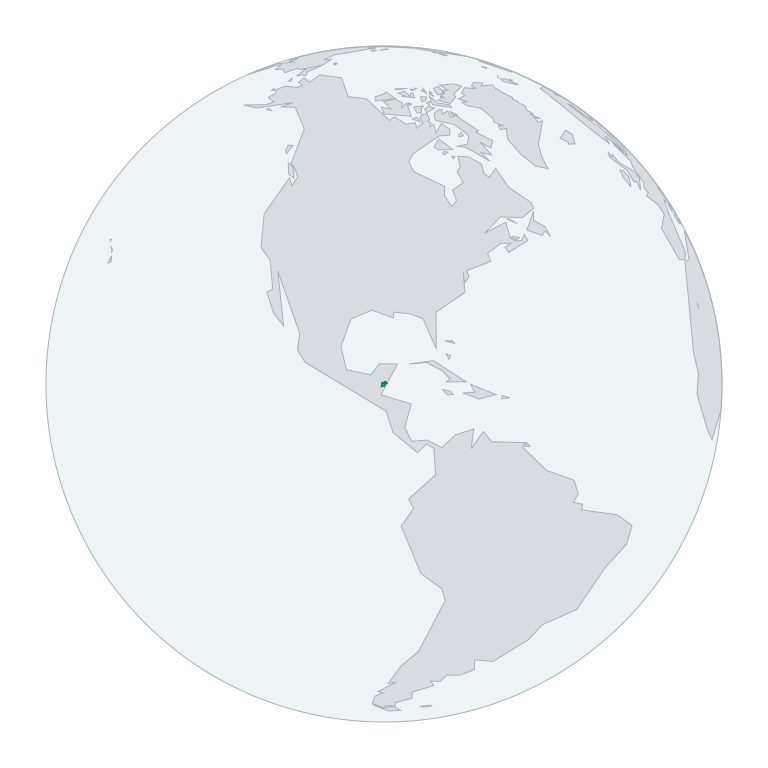 globe centered on Orange Walk, rotated 11°
{"feature_id": "BLZ-1326", "entity_name": "Orange Walk", "entity_type": "District", "adm_level": 1, "iso_a3": "BLZ", "parent_name": "Belize", "parent_adm1": "", "projection": "orthographic", "projection_center": [-88.77, 17.784], "detail": "fine", "context": "on_globe", "style": "filled", "palette": "green", "viewbox_px": 768, "rotation_deg": 11, "n_neighbors": 0, "source": "natural_earth", "source_scale": "10m", "svg_char_len": 9542}
<svg xmlns="http://www.w3.org/2000/svg" viewBox="0 0 768 768"><g transform="rotate(11 384 384)"><circle cx="384" cy="384" r="338" fill="#eef3f6" stroke="#a8b0b8"/><path d="M445.4,437.8L437.4,434.7L430.0,445.0L402.1,430.0L391.4,410.4L302.4,377.8L292.6,367.1L291.6,350.3L258.1,293.3L274.4,346.1L262.1,335.4L251.5,316.2L256.7,312.0L248.7,284.5L237.2,273.4L233.9,239.8L251.8,199.9L256.0,206.7L259.8,197.2L254.9,188.6L250.7,185.4L257.1,149.1L244.0,129.2L229.7,131.8L240.8,125.2L206.8,137.3L193.1,136.9L214.9,132.3L221.9,128.1L215.8,124.7L221.7,119.8L222.2,115.7L229.8,110.6L241.9,109.5L247.1,106.5L242.5,104.3L247.2,98.7L253.2,102.1L262.1,92.8L284.0,91.6L294.0,108.8L312.4,107.4L339.3,124.3L343.1,119.7L355.8,124.7L364.9,121.7L367.3,126.7L372.5,120.2L368.6,116.3L369.6,112.4L374.6,110.6L378.5,116.2L376.6,117.9L380.3,118.7L380.1,122.5L383.1,119.6L387.2,127.4L390.6,117.3L400.2,121.5L400.9,127.4L391.0,129.8L368.3,152.8L366.0,161.3L372.7,169.8L405.9,178.5L407.4,187.4L416.6,197.1L420.3,190.3L414.4,180.5L423.5,171.2L415.2,161.4L417.6,156.6L413.0,146.2L424.3,144.9L437.7,149.6L442.1,158.5L448.1,161.2L452.5,151.0L468.9,167.2L494.1,177.9L497.2,183.0L487.9,194.5L466.3,197.7L454.2,216.6L472.7,202.0L480.2,216.7L485.9,218.5L491.7,216.9L493.1,210.6L497.8,215.7L481.3,231.0L476.7,226.6L482.0,221.5L471.9,223.6L460.8,235.8L465.4,243.2L443.7,256.9L446.8,262.7L443.8,269.5L440.4,259.0L446.0,278.7L421.3,303.5L428.6,339.3L409.8,312.5L396.1,310.1L379.8,311.6L380.7,317.3L358.0,313.8L339.1,326.6L334.6,355.3L344.3,377.1L369.3,377.5L375.7,365.0L393.4,361.8L383.1,395.2L414.5,398.4L412.7,422.9L422.1,435.0L437.3,430.7L453.1,435.5L463.5,420.5L480.6,411.1L482.0,430.7L490.6,411.7L500.8,420.1L534.2,414.6L531.9,419.5L560.2,437.9L588.9,442.1L595.6,454.7L592.4,464.0L601.9,464.2L602.0,469.8L637.9,468.0L654.5,475.7L652.8,494.8L636.5,521.2L616.3,568.5L585.6,589.9L574.1,607.9L543.8,635.6L525.7,637.4L527.1,647.2L514.0,655.3L501.2,657.7L495.8,665.2L486.2,666.7L490.4,670.4L470.6,681.0L471.3,687.1L455.9,694.6L456.7,697.8L452.3,698.1L446.7,699.9L444.8,701.8L433.4,699.8L434.8,692.0L442.3,687.3L436.7,687.0L453.0,674.2L445.4,677.2L454.5,657.7L469.0,639.7L485.5,584.8L480.0,574.1L456.2,562.8L428.0,520.1L436.8,500.7L430.1,492.2L452.0,463.3L445.4,437.8ZM89.9,318.0L92.0,310.2L92.9,316.1L89.9,318.0ZM91.8,305.0L91.4,307.7L91.5,305.3L91.8,305.0ZM91.0,302.8L91.6,304.4L90.6,303.4L91.0,302.8ZM89.4,300.9L90.4,301.6L90.1,301.9L89.4,300.9ZM428.1,351.7L463.9,366.1L444.7,370.0L448.1,366.5L438.8,360.0L421.9,354.7L404.8,359.6L428.1,351.7ZM88.1,295.7L87.8,294.2L88.9,294.1L88.1,295.7ZM441.4,330.6L435.3,329.8L441.1,329.1L441.4,330.6ZM247.8,185.1L254.1,189.1L256.4,199.2L250.5,196.2L247.8,185.1ZM244.4,167.6L249.0,167.5L244.3,176.5L243.1,173.7L244.4,167.6ZM218.1,135.4L222.1,137.1L216.2,137.3L218.1,135.4ZM220.9,116.1L217.9,117.3L219.4,114.8L220.9,116.1ZM407.2,147.8L410.1,147.0L409.4,149.3L407.2,147.8ZM402.5,144.2L399.7,147.4L397.0,146.3L398.8,144.3L402.5,144.2ZM232.5,104.9L235.8,100.9L234.5,104.7L232.5,104.9ZM406.5,140.6L392.7,143.9L388.1,141.9L391.0,133.0L406.5,140.6ZM239.2,98.5L247.2,89.9L241.1,91.5L262.7,82.9L248.8,92.5L248.1,96.6L244.4,96.0L239.2,98.5ZM365.2,115.9L369.6,119.9L361.3,118.4L365.2,115.9ZM359.6,116.0L332.6,118.9L328.6,112.8L338.5,112.7L329.5,106.8L340.8,102.3L348.3,104.6L348.6,109.2L352.7,104.1L359.6,116.0ZM273.4,80.0L277.1,78.1L275.5,80.0L273.4,80.0ZM369.3,110.7L364.2,111.5L360.4,106.2L369.9,103.6L368.1,106.1L369.3,110.7ZM321.7,107.8L320.5,103.8L329.3,98.9L330.0,96.8L340.8,101.7L321.7,107.8ZM371.5,106.4L374.8,102.6L381.1,103.6L374.0,109.6L371.5,106.4ZM355.4,106.0L354.0,103.5L357.9,104.0L355.4,106.0ZM405.6,106.3L399.6,106.8L397.1,103.9L405.6,106.3ZM375.6,101.1L373.4,100.8L371.7,99.9L375.1,97.7L375.6,101.1ZM346.2,98.2L350.2,97.3L342.3,95.9L348.6,92.7L354.6,96.8L354.6,93.7L356.6,92.8L359.3,97.3L346.2,98.2ZM373.6,93.0L383.4,98.0L395.1,97.4L397.7,99.8L378.4,100.4L373.6,93.0ZM365.0,95.0L370.9,94.2L371.1,97.2L367.1,99.7L365.0,95.0ZM350.7,89.3L339.5,93.1L338.6,92.1L350.7,89.3ZM377.0,92.1L374.5,91.0L377.8,91.7L377.0,92.1ZM358.7,89.3L354.9,90.6L353.9,89.5L358.7,89.3ZM372.8,87.9L376.0,89.4L373.4,90.9L372.8,87.9ZM366.3,88.0L366.0,86.2L370.6,90.6L364.8,88.8L366.3,88.0ZM358.4,88.0L356.6,87.8L360.2,87.6L358.4,88.0ZM380.7,81.6L387.2,86.9L381.6,90.1L376.0,84.4L380.7,81.6ZM451.2,704.1L433.8,700.9L444.2,702.3L454.6,698.6L462.6,701.2L451.2,704.1ZM480.6,693.6L490.8,690.4L492.3,691.0L485.6,693.4L480.6,693.6ZM622.0,144.1L614.8,138.7L622.0,145.5L629.1,151.4L631.5,154.0L635.4,158.1L640.1,163.5L634.8,157.6L623.4,149.2L630.7,161.8L654.6,196.7L655.8,204.7L650.1,205.5L626.8,178.4L626.7,163.8L618.5,155.5L605.9,149.2L607.0,145.9L601.9,142.0L600.6,136.9L586.6,123.0L583.4,117.9L566.0,106.7L562.0,103.0L573.5,110.3L579.7,113.4L570.5,103.3L565.2,99.6L554.6,93.6L553.4,92.2L544.4,87.7L533.2,81.1L539.2,86.0L526.9,80.7L513.7,74.3L510.8,73.9L532.3,84.4L539.9,88.1L544.7,89.6L566.3,102.4L572.1,107.4L553.5,98.5L559.6,105.2L542.5,96.8L494.9,71.0L481.2,64.3L483.5,61.5L493.5,64.7L497.7,67.0L504.8,68.6L499.0,66.6L498.0,66.0L486.0,62.0L484.7,61.5L475.4,59.1L472.5,58.1L478.4,59.6L458.2,54.4L454.4,53.5L477.8,59.4L500.7,66.9L523.1,76.0L544.7,86.7L565.5,99.0L585.4,112.6L604.2,127.7L622.0,144.1ZM443.9,51.4L443.4,51.3L442.4,51.2L443.9,51.4ZM430.5,49.3L429.6,49.2L419.8,48.2L416.6,47.7L419.8,48.0L430.5,49.3ZM417.5,47.7L412.4,47.4L412.1,47.3L417.5,47.7ZM411.9,47.2L408.3,47.0L403.8,46.7L411.9,47.2ZM401.9,46.6L401.7,46.7L367.7,48.2L351.8,48.7L355.3,47.7L328.1,51.7L312.4,54.2L314.9,54.0L303.5,57.2L308.2,56.4L308.5,56.7L281.5,67.2L272.7,70.2L263.7,76.6L265.0,76.9L271.0,74.9L262.7,82.9L241.1,91.5L239.4,90.4L227.0,97.4L224.9,94.4L217.5,95.9L222.4,90.0L216.1,92.5L211.9,95.2L200.2,101.4L191.6,106.2L196.7,102.8L216.6,90.7L234.8,84.7L229.0,85.5L235.7,82.3L237.0,80.9L232.4,82.4L228.5,84.4L238.5,79.0L260.5,69.4L283.2,61.5L306.4,55.1L330.0,50.4L353.8,47.4L377.8,46.1L401.9,46.6ZM719.7,345.3L719.8,346.3L716.6,376.0L711.0,368.5L693.3,334.4L690.5,313.3L681.9,294.0L656.1,206.4L659.8,203.7L649.8,177.0L650.2,176.7L661.3,191.5L662.1,192.0L674.8,211.9L686.1,232.6L696.0,254.1L704.3,276.2L711.0,298.9L716.2,321.9L719.7,345.3ZM675.6,244.3L678.8,250.3L675.6,244.3ZM535.2,414.2L539.3,417.4L534.1,418.3L535.2,414.2ZM442.7,378.4L450.0,378.3L454.0,381.0L448.5,382.5L442.7,378.4ZM502.3,372.7L510.3,373.5L502.3,376.2L502.3,372.7ZM469.3,367.9L495.9,373.0L480.2,380.6L463.3,377.7L474.6,374.8L469.3,367.9ZM439.3,342.5L444.0,343.6L443.0,347.4L439.3,342.5ZM445.6,330.3L443.9,330.8L441.3,328.0L445.6,330.3ZM481.1,215.7L482.6,214.7L488.8,214.3L486.6,217.2L481.1,215.7ZM512.3,199.0L519.4,207.5L512.8,203.0L511.0,208.0L495.0,205.6L497.9,185.5L499.5,194.7L512.3,199.0ZM474.5,198.0L484.3,201.0L473.5,198.6L474.5,198.0ZM574.9,129.0L578.6,129.0L585.0,134.3L588.9,143.5L579.6,135.6L574.9,129.0ZM582.2,128.1L562.6,118.4L559.4,113.2L564.5,117.6L564.4,115.1L572.5,121.7L588.6,127.4L595.3,132.7L598.9,145.0L594.0,137.6L590.7,137.7L582.2,128.1ZM518.4,111.2L509.9,109.3L513.9,100.2L521.4,103.2L525.8,111.7L519.5,113.3L518.4,111.2ZM414.4,125.3L410.9,126.9L409.8,125.1L411.9,122.3L414.4,125.3ZM403.0,106.8L428.6,117.3L425.9,119.4L444.1,124.3L444.0,132.0L432.2,128.3L445.8,138.5L435.1,138.3L445.1,144.9L418.8,136.0L409.7,137.0L419.9,132.8L420.2,125.5L417.6,122.7L403.5,115.8L384.2,115.5L381.4,109.1L384.6,104.7L388.8,103.7L389.3,108.0L394.6,103.8L398.5,109.3L403.0,106.8ZM423.6,69.7L422.4,72.9L433.8,69.6L437.7,73.3L438.8,72.7L445.6,75.6L455.6,78.3L456.0,80.2L459.8,80.6L464.3,82.8L469.6,84.1L472.1,88.2L478.8,90.3L476.2,91.2L487.0,93.7L480.1,93.8L485.3,97.4L489.3,95.4L489.9,119.4L495.5,131.0L503.9,141.2L490.9,141.2L474.6,132.3L458.8,120.3L455.2,109.7L450.0,112.2L446.7,108.1L452.2,107.8L441.8,105.8L440.6,102.6L426.5,94.8L412.2,95.0L406.7,92.6L411.7,90.9L402.7,89.8L408.4,85.2L404.5,83.6L406.3,77.9L418.2,76.4L413.0,74.7L414.1,71.0L423.6,69.7ZM381.7,80.0L394.9,76.2L403.6,76.7L396.9,86.5L399.6,88.6L395.5,96.0L383.0,95.3L385.3,93.2L384.6,91.0L388.8,92.0L385.0,89.6L388.0,86.8L385.8,84.3L390.7,83.6L381.7,80.0ZM647.3,172.1L644.6,169.4L643.8,168.1L641.2,164.9L646.2,170.8L647.3,172.1ZM637.4,163.7L635.8,161.2L643.1,169.0L643.9,170.7L637.4,163.7ZM628.6,153.8L635.1,160.5L632.1,157.9L628.6,153.8ZM571.3,108.2L568.9,105.8L571.1,106.9L575.3,109.9L571.3,108.2ZM458.2,64.3L456.1,65.1L453.8,64.5L443.9,64.5L440.2,62.2L444.7,61.3L458.2,64.3ZM452.5,61.8L448.8,61.9L449.2,60.8L452.5,61.8ZM437.0,60.7L436.4,59.2L438.6,62.0L437.0,60.7ZM415.5,48.9L433.4,50.7L443.9,52.0L445.9,51.9L450.8,53.5L434.6,51.5L415.5,48.9ZM373.9,48.0L372.2,49.0L367.8,48.9L367.6,48.6L373.9,48.0ZM376.5,48.4L384.0,49.5L379.8,50.3L374.7,49.2L376.5,48.4ZM418.9,53.6L424.5,54.1L424.0,54.9L418.9,53.6ZM274.6,78.1L276.9,78.1L273.1,79.3L274.6,78.1ZM311.4,56.2L311.2,56.8L306.7,57.7L311.4,56.2ZM308.0,59.3L313.3,57.8L309.1,59.6L308.0,59.3ZM324.7,54.5L316.0,57.2L322.4,54.5L324.7,54.5Z" fill="#d9dde1" stroke="#a8b0b8" stroke-width="1"/><path d="M381.9,386.7L381.8,385.1L381.8,383.8L381.8,383.3L381.8,383.1L382.0,382.9L382.4,382.7L382.6,382.8L382.7,383.0L382.8,383.0L383.0,383.0L383.2,383.3L383.4,383.4L383.5,383.3L383.5,383.2L383.8,382.9L383.9,382.6L384.0,382.6L384.2,382.4L384.3,382.3L384.3,382.1L384.4,381.8L384.5,381.8L384.4,381.7L384.6,381.6L384.8,381.4L385.3,381.4L385.5,381.6L386.0,382.2L386.7,382.9L385.5,383.2L385.2,383.4L385.1,383.5L385.2,383.8L385.1,384.0L385.1,384.3L385.2,384.5L384.9,384.7L384.8,384.8L384.7,385.0L384.8,385.9L384.7,385.9L384.6,386.0L384.4,386.0L384.2,386.1L383.9,386.2L383.7,386.2L383.4,386.2L383.3,386.3L383.2,386.3L382.5,386.4L382.4,386.4L382.0,386.6L381.9,386.7Z" fill="#22c55e" stroke="#15803d" stroke-width="1.5"/></g></svg>